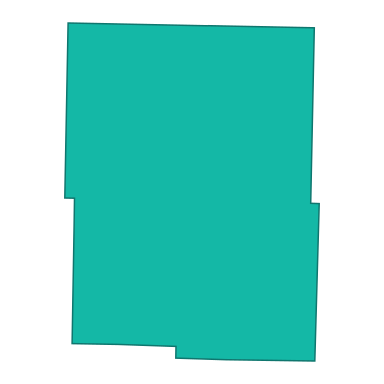 the district of Webster, Missouri, United States of America
{"feature_id": "52423323B1657804385540", "entity_name": "Webster", "entity_type": "district", "adm_level": 2, "iso_a3": "USA", "parent_name": "United States of America", "parent_adm1": "Missouri", "projection": "mercator", "projection_center": [-92.915, 37.277], "detail": "fine", "context": "isolated", "style": "filled", "palette": "teal", "viewbox_px": 384, "rotation_deg": 0, "n_neighbors": 0, "source": "geoboundaries", "source_scale": "gbopen_adm2", "svg_char_len": 324}
<svg xmlns="http://www.w3.org/2000/svg" viewBox="0 0 384 384"><path d="M72.1,343.6L118.0,344.4L176.0,346.4L175.8,358.1L226.0,359.7L314.8,361.0L319.2,203.6L310.7,203.3L314.3,27.8L208.5,25.7L207.6,25.8L68.1,23.0L67.0,81.4L64.8,198.0L74.5,198.2L74.1,226.1L72.1,343.6Z" fill="#14b8a6" stroke="#0f766e" stroke-width="1.5"/></svg>